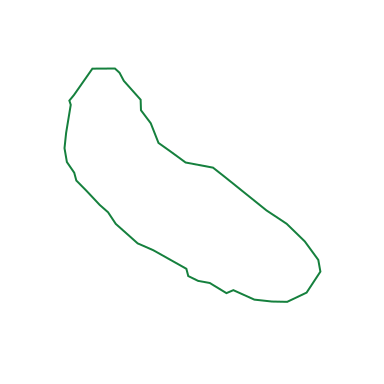 outline of Moch, Federated States of Micronesia, rotated 26°
{"feature_id": "79324940B69575341239626", "entity_name": "Moch", "entity_type": "district", "adm_level": 2, "iso_a3": "FSM", "parent_name": "Federated States of Micronesia", "parent_adm1": "", "projection": "mercator", "projection_center": [153.542, 5.491], "detail": "fine", "context": "isolated", "style": "outline", "palette": "green", "viewbox_px": 384, "rotation_deg": 26, "n_neighbors": 0, "source": "geoboundaries", "source_scale": "gbopen_adm2", "svg_char_len": 656}
<svg xmlns="http://www.w3.org/2000/svg" viewBox="0 0 384 384"><g transform="rotate(26 192 192)"><path d="M153.8,164.8L140.4,162.6L124.8,148.3L110.3,140.9L105.4,131.6L82.0,122.0L74.6,116.6L68.6,114.8L48.4,124.8L43.4,156.5L41.7,163.6L44.8,166.8L52.9,193.9L58.2,208.5L66.4,219.9L77.7,226.3L83.0,232.4L96.1,237.0L114.8,244.1L125.4,247.0L137.5,254.1L165.7,262.0L182.7,261.3L220.6,263.5L225.5,269.2L236.5,269.2L247.8,266.0L267.3,267.8L272.2,262.1L295.2,261.4L311.9,255.4L325.7,249.0L339.1,232.2L342.3,207.3L335.3,197.7L315.1,187.0L291.1,179.1L267.0,175.9L215.0,164.1L200.2,160.9L173.3,168.3L153.8,164.8Z" fill="none" stroke="#15803d" stroke-width="2"/></g></svg>